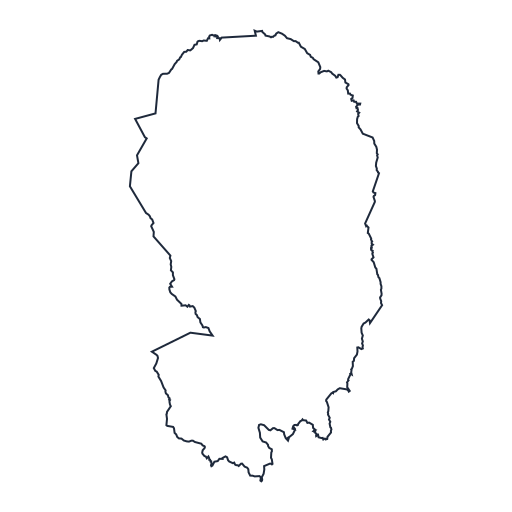 Maguarichi, Chihuahua, Mexico
{"feature_id": "50627088B68228715353829", "entity_name": "Maguarichi", "entity_type": "district", "adm_level": 2, "iso_a3": "MEX", "parent_name": "Mexico", "parent_adm1": "Chihuahua", "projection": "mercator", "projection_center": [-107.951, 27.819], "detail": "fine", "context": "isolated", "style": "outline", "palette": "slate", "viewbox_px": 512, "rotation_deg": 0, "n_neighbors": 0, "source": "geoboundaries", "source_scale": "gbopen_adm2", "svg_char_len": 6021}
<svg xmlns="http://www.w3.org/2000/svg" viewBox="0 0 512 512"><path d="M211.4,466.2L212.4,465.6L214.4,461.7L217.7,461.1L219.4,458.8L222.6,458.9L222.5,458.0L225.5,456.4L227.1,457.3L228.1,460.3L229.2,461.5L232.9,463.2L234.2,462.6L235.1,464.6L236.0,465.1L237.9,465.3L238.7,466.0L241.0,463.7L242.1,463.6L244.6,466.6L247.2,467.7L248.3,469.2L248.6,472.4L250.2,475.6L252.6,475.7L254.7,476.4L259.5,476.1L260.9,477.5L260.4,480.6L261.3,481.3L262.0,480.6L262.2,479.6L261.8,477.2L263.6,473.8L264.3,469.5L264.1,466.1L269.7,463.7L270.8,463.7L271.9,464.4L272.5,463.9L271.8,459.3L271.0,457.8L271.3,452.5L271.9,451.3L271.8,449.3L269.2,447.9L268.1,446.0L268.0,444.8L266.1,442.5L262.6,441.4L260.2,437.6L259.9,432.8L258.4,427.8L259.1,424.9L260.9,424.3L264.1,425.2L268.8,429.9L270.4,430.3L273.1,428.1L274.4,428.1L277.5,430.1L279.4,429.9L283.9,432.2L284.2,434.4L285.7,438.1L286.4,438.9L287.5,438.1L287.3,439.8L288.0,440.6L289.1,437.2L292.9,434.1L295.0,429.8L295.1,429.1L294.4,428.1L293.9,428.6L294.3,429.2L292.5,428.7L293.2,426.2L294.4,425.0L296.2,424.9L297.0,425.4L297.9,425.0L298.2,423.9L300.4,421.1L301.6,420.6L302.5,419.4L303.1,420.2L306.1,420.5L307.4,422.9L309.1,422.6L312.8,424.8L313.1,427.9L314.8,429.4L313.7,430.8L315.3,430.6L314.5,431.8L315.2,432.0L315.2,432.8L317.0,434.3L316.1,435.2L316.2,436.1L318.1,434.9L318.6,437.3L321.7,438.1L322.7,437.9L323.3,439.5L324.8,438.6L325.6,438.8L325.8,439.4L327.2,439.0L327.5,436.8L331.0,432.5L330.9,430.7L331.4,429.5L331.0,427.8L330.4,427.4L329.6,423.6L330.3,421.8L329.0,419.5L329.7,417.8L328.0,414.6L328.2,413.7L327.8,412.4L328.3,411.2L328.6,407.3L326.9,402.0L326.1,400.9L326.3,399.6L331.3,393.4L332.5,392.7L333.1,393.1L333.3,392.0L335.9,391.3L337.7,389.4L339.8,388.2L346.8,389.4L348.2,390.4L348.8,391.6L349.7,390.9L347.2,387.2L347.4,383.6L347.0,382.4L348.5,380.4L348.1,380.0L348.2,379.0L350.4,374.5L350.2,373.8L350.5,373.6L351.7,374.4L351.2,372.3L351.5,370.2L351.2,369.4L351.8,368.9L352.9,366.1L352.7,361.8L353.9,360.8L354.1,358.2L356.9,354.6L357.5,351.5L357.3,347.5L358.4,347.3L361.4,349.1L362.8,348.5L362.5,347.4L362.9,345.4L362.1,343.5L362.8,341.4L361.9,338.7L362.8,335.5L361.6,332.7L361.3,328.4L361.6,326.8L363.6,323.5L365.4,322.6L368.7,319.5L369.6,320.3L370.0,323.1L382.1,305.2L381.0,303.0L381.2,301.2L380.2,298.6L380.1,297.4L381.5,295.3L381.6,293.7L380.9,289.8L381.4,288.6L381.4,286.2L380.6,283.9L380.6,282.2L379.4,278.1L378.5,277.3L377.9,274.8L377.3,274.3L376.4,268.7L375.3,267.5L373.7,262.2L371.5,259.8L371.6,259.2L373.5,257.4L372.3,253.8L372.9,252.6L372.4,251.8L372.7,250.8L371.1,249.8L371.0,248.2L371.1,247.6L371.8,247.6L371.5,245.6L372.9,244.7L371.7,243.7L371.7,241.7L372.1,241.4L371.0,239.6L371.2,238.6L368.8,233.7L367.8,233.0L368.5,227.5L366.6,225.7L366.6,224.7L366.0,225.8L365.1,223.5L374.8,202.0L374.9,201.1L373.5,196.9L373.8,196.0L375.1,195.1L375.4,193.1L373.5,192.5L372.8,191.4L379.0,173.2L378.0,172.4L378.0,171.8L376.7,170.2L376.8,168.5L375.9,166.0L376.2,162.6L377.7,157.5L377.1,155.4L377.7,154.4L376.8,153.2L377.0,149.7L376.3,146.8L374.3,143.6L374.2,141.0L372.6,137.5L362.8,133.7L360.5,129.4L358.7,127.4L358.7,126.0L357.0,123.1L357.1,119.1L357.8,116.7L358.6,116.0L358.1,113.9L359.2,112.7L357.1,111.4L358.0,110.0L357.5,108.0L356.5,108.2L356.1,106.8L358.1,104.5L360.0,104.5L360.2,103.6L356.9,103.6L356.1,101.8L354.2,101.8L353.6,100.4L351.7,100.8L351.2,99.0L352.5,98.0L352.8,95.5L350.5,94.7L350.0,93.6L348.2,93.6L347.8,90.3L346.6,88.6L346.7,87.3L348.6,85.0L348.4,84.2L345.4,82.5L345.0,79.5L342.7,77.8L340.6,75.4L339.9,74.8L338.4,74.8L337.6,77.2L336.3,77.6L335.2,75.8L332.2,73.6L331.2,72.2L328.3,70.7L326.9,71.4L324.1,70.9L320.6,72.3L319.3,73.5L318.5,73.5L318.3,71.4L320.1,69.0L320.3,67.1L318.3,62.3L313.6,59.2L312.8,57.8L310.8,56.8L310.1,54.9L307.2,53.2L304.8,49.0L300.9,46.7L298.8,42.7L298.0,42.8L295.6,41.1L293.8,41.1L290.7,39.1L287.0,38.2L284.9,35.7L282.0,33.7L278.3,32.2L276.2,33.6L275.4,35.4L274.5,35.5L273.0,36.9L272.0,36.7L271.0,37.3L269.7,36.5L265.5,35.6L265.1,34.4L262.3,31.9L262.1,30.9L256.9,31.6L254.7,30.7L255.9,35.7L221.7,37.6L219.9,39.9L219.6,38.2L217.3,38.1L217.7,36.8L216.4,36.6L217.5,36.1L217.3,35.8L215.2,35.1L213.5,35.5L212.1,34.8L209.8,35.5L209.2,36.5L209.3,38.4L208.0,38.3L206.8,40.8L203.7,40.5L202.2,41.2L199.4,40.8L198.1,41.2L197.5,41.7L196.7,44.4L194.5,44.8L193.0,48.1L190.9,49.9L190.2,50.4L187.7,50.0L186.3,51.7L184.2,51.9L181.9,54.8L180.9,57.0L180.2,57.3L179.2,59.4L177.1,60.8L176.6,62.0L174.7,64.1L172.1,68.9L171.3,69.4L169.0,72.9L167.2,73.7L163.0,73.8L161.2,74.8L159.9,77.0L158.6,79.7L155.5,113.4L135.1,118.9L144.9,137.2L146.7,138.4L137.0,155.3L138.4,163.2L131.4,171.3L129.9,186.3L146.0,213.0L148.6,214.7L149.9,216.3L150.5,218.1L152.2,219.5L153.5,223.0L151.6,225.2L151.2,226.2L153.8,231.9L153.5,236.4L170.4,255.6L169.8,258.0L171.2,261.1L170.7,264.4L171.3,266.9L170.9,270.3L172.9,272.4L172.9,275.2L174.4,279.2L174.1,280.1L171.9,281.4L170.2,283.8L172.0,286.7L169.9,286.8L169.3,287.6L169.4,289.5L170.3,292.3L171.7,293.9L175.4,296.5L177.0,299.7L181.4,303.9L181.5,305.7L185.6,305.3L187.4,306.7L188.8,304.9L189.5,305.4L190.0,306.6L192.7,306.1L194.3,307.6L195.8,311.1L195.4,312.1L195.6,313.9L196.9,315.1L197.6,317.1L199.9,319.0L200.4,322.4L202.5,325.6L202.9,327.2L203.8,327.5L205.8,327.1L208.4,328.0L209.7,331.4L212.6,335.6L190.4,332.7L151.9,351.7L156.6,354.9L157.5,355.9L158.0,358.0L156.3,363.5L153.8,368.1L155.3,370.9L156.7,371.6L158.2,374.0L158.7,374.8L158.4,376.6L161.1,381.0L163.6,387.5L165.6,390.4L165.4,391.5L165.9,393.4L167.9,395.2L168.5,397.4L169.6,398.3L169.1,399.6L170.0,400.1L169.5,400.9L169.5,402.0L170.0,404.6L170.8,406.2L167.0,411.9L166.8,413.8L166.4,414.3L167.0,418.9L166.4,425.2L167.3,425.9L173.1,426.9L174.0,428.3L174.6,432.9L176.2,434.4L177.2,436.9L178.9,438.4L181.5,438.6L183.8,440.5L186.8,441.4L189.0,441.6L191.3,440.7L192.9,440.7L194.9,442.0L201.3,443.7L202.6,445.4L204.5,446.2L204.9,447.0L204.5,448.2L202.7,450.2L202.2,452.5L202.4,453.6L204.4,456.0L205.9,456.6L206.8,458.3L208.4,456.5L209.1,458.0L209.3,459.8L210.1,459.8L210.5,461.5L211.2,461.4L211.5,463.4L211.0,465.3L211.4,466.2Z" fill="none" stroke="#1e293b" stroke-width="2"/></svg>